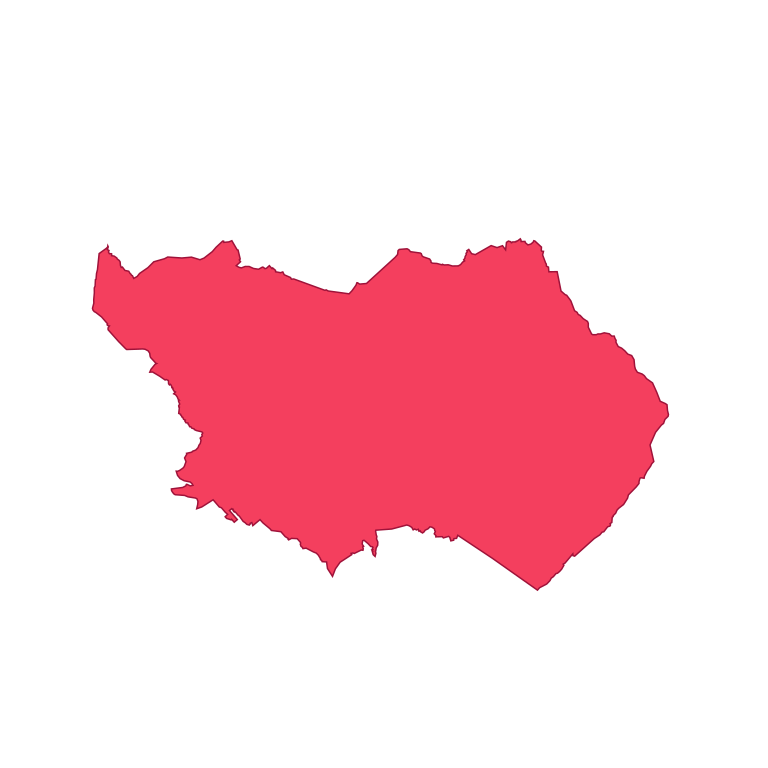 the district of Barsanesti, Bacau, Romania, rotated 151°
{"feature_id": "2599482B96332922665264", "entity_name": "Barsanesti", "entity_type": "district", "adm_level": 2, "iso_a3": "ROU", "parent_name": "Romania", "parent_adm1": "Bacau", "projection": "albers", "projection_center": [26.7, 46.331], "detail": "fine", "context": "isolated", "style": "filled", "palette": "rose", "viewbox_px": 768, "rotation_deg": 151, "n_neighbors": 0, "source": "geoboundaries", "source_scale": "gbopen_adm2", "svg_char_len": 6171}
<svg xmlns="http://www.w3.org/2000/svg" viewBox="0 0 768 768"><g transform="rotate(151 384 384)"><path d="M558.6,638.7L559.4,637.7L561.4,637.2L569.9,636.2L579.2,622.9L581.9,620.0L585.0,615.3L585.8,615.2L589.2,609.7L590.8,608.5L593.2,604.1L597.1,598.3L598.6,595.4L602.3,591.5L602.7,589.7L602.3,587.7L601.4,586.4L598.5,579.6L596.6,570.6L597.5,570.0L597.2,569.0L596.0,567.9L598.2,566.8L599.0,565.2L595.5,549.6L592.8,539.9L592.3,538.9L578.0,531.6L576.1,530.2L574.2,527.3L574.0,524.5L575.1,521.7L575.3,520.3L573.4,512.6L573.0,512.2L574.7,512.2L580.7,509.8L583.1,507.9L580.6,506.7L576.5,499.7L573.5,493.6L572.4,493.6L570.9,491.6L572.3,488.6L572.1,487.2L571.0,487.3L570.8,486.4L570.9,484.3L571.3,483.9L571.2,483.2L570.7,483.1L570.8,482.2L571.2,481.7L571.1,479.5L570.3,478.1L572.7,477.4L571.5,475.7L571.1,473.1L571.4,470.3L571.1,469.5L571.5,469.7L572.1,468.3L572.4,465.5L574.1,464.6L574.6,463.3L574.2,462.9L577.8,457.8L576.6,456.1L576.9,455.5L576.6,454.8L576.7,453.0L576.2,452.5L576.4,450.3L575.3,448.7L576.1,448.2L576.0,446.1L574.4,444.9L574.8,443.6L574.5,442.5L574.7,440.9L573.7,440.3L573.5,438.5L571.9,437.0L572.0,436.1L570.7,434.3L566.5,430.4L566.3,429.0L567.9,428.1L568.1,426.6L571.0,425.8L571.4,423.4L573.5,421.1L575.5,420.2L577.5,418.5L580.7,417.5L584.1,418.0L585.2,417.6L590.3,419.1L590.4,418.3L594.3,416.0L594.8,412.1L598.8,408.6L600.7,407.9L604.7,407.5L606.7,407.7L608.0,408.5L608.9,404.1L608.2,400.1L605.7,396.3L601.0,392.2L600.2,389.9L600.2,388.0L602.8,388.8L605.1,391.9L605.6,392.0L606.6,391.0L610.2,391.1L620.8,395.3L621.5,393.7L621.4,391.6L621.1,389.8L620.3,388.4L612.4,383.2L610.1,380.3L604.1,375.6L603.2,374.1L603.7,371.4L605.4,368.9L608.3,365.7L603.0,364.8L589.6,365.6L587.7,356.3L586.2,354.6L585.0,348.8L583.9,345.8L587.3,344.9L586.8,342.7L583.6,339.3L582.9,339.5L582.0,335.7L578.0,336.5L580.5,348.3L577.6,348.8L577.4,347.7L576.8,347.8L576.8,346.4L577.3,346.2L577.0,344.6L576.4,344.7L576.1,344.1L575.2,339.8L574.6,338.7L573.8,332.1L572.7,330.0L572.0,327.7L570.2,325.9L568.9,326.4L568.7,327.0L566.8,326.9L567.4,323.7L558.2,325.5L557.2,321.2L553.9,312.7L553.5,310.5L545.8,304.8L544.4,298.4L542.7,295.4L543.2,294.8L543.0,293.9L539.7,293.8L534.9,290.8L533.9,286.2L534.0,285.3L534.9,284.4L535.3,282.3L534.6,280.6L534.7,279.3L531.7,278.2L527.2,271.4L525.2,268.9L524.4,266.0L524.3,261.8L524.7,261.2L524.1,259.8L524.2,258.6L520.5,256.2L522.9,250.0L522.3,240.7L516.1,245.9L508.8,249.4L494.9,250.4L494.9,251.8L493.0,251.2L492.2,250.2L484.4,249.8L483.0,248.8L482.0,250.0L481.6,251.9L480.5,251.9L480.7,254.1L480.4,255.0L478.6,257.3L477.2,257.0L475.3,252.0L474.4,248.3L472.9,247.1L472.9,246.4L474.3,245.3L474.1,244.7L475.1,244.8L474.9,243.6L475.3,243.8L476.2,240.0L475.4,237.5L473.2,239.8L472.5,242.0L472.1,242.1L470.3,244.4L467.7,246.0L466.0,248.8L465.7,252.1L464.1,254.2L464.0,255.6L462.7,259.3L462.0,260.1L447.5,253.4L432.4,249.6L430.7,247.8L429.2,245.1L429.2,242.3L427.5,242.3L426.3,240.6L424.4,240.3L424.8,238.3L423.6,238.1L423.7,237.1L422.5,235.0L420.5,235.3L418.9,236.2L415.7,236.0L413.0,236.8L411.5,235.5L410.1,232.9L410.7,231.2L410.6,230.1L412.7,228.6L412.1,226.3L412.8,225.2L407.0,222.2L406.7,220.6L401.3,219.4L400.8,218.0L401.6,214.4L398.8,213.6L397.8,214.9L395.4,213.8L392.8,215.9L373.6,178.8L349.7,129.3L346.7,130.4L338.6,130.2L334.1,131.6L331.9,133.1L329.2,133.4L325.6,134.8L323.9,134.4L321.3,134.9L318.4,135.9L314.6,138.2L314.6,139.6L312.5,139.6L301.2,143.9L301.9,142.2L300.7,141.0L275.0,146.9L268.4,147.4L265.0,148.7L263.4,148.2L257.6,150.7L255.2,150.2L254.2,150.9L254.0,152.3L251.9,152.4L249.0,156.8L247.8,157.0L247.4,157.7L244.0,158.7L241.4,160.7L239.0,161.5L232.8,162.5L226.4,166.0L224.0,168.5L213.3,171.7L209.2,173.4L208.2,175.1L205.8,177.5L204.7,177.4L202.2,175.5L200.9,177.1L196.4,180.2L190.8,182.8L188.4,184.5L185.6,185.4L180.9,201.7L169.9,210.1L161.3,213.6L158.6,214.0L155.5,216.8L151.2,218.0L150.0,219.4L148.9,223.4L146.5,228.7L147.5,230.6L150.8,235.0L149.5,244.3L148.6,254.8L151.8,261.4L152.3,265.1L153.4,267.6L156.7,271.4L156.9,275.2L156.2,277.9L153.5,284.1L153.6,288.8L156.3,292.0L157.3,296.3L158.8,300.2L161.0,303.2L160.9,308.1L159.8,309.7L159.9,311.9L159.4,314.3L161.6,315.5L162.6,318.7L166.6,322.0L170.6,322.9L172.7,324.1L174.4,324.2L177.5,325.9L178.2,327.1L177.8,334.6L175.9,338.0L175.7,340.0L178.1,344.6L179.2,348.9L180.4,350.6L180.4,353.1L181.8,355.7L180.3,365.9L180.4,367.3L181.2,373.1L182.2,374.2L184.1,379.5L178.1,398.3L185.4,402.2L183.5,406.5L184.8,408.3L183.9,410.3L184.0,411.3L182.7,420.0L180.2,422.7L181.7,423.8L181.7,424.5L179.9,427.4L182.7,435.9L183.5,436.7L184.9,435.7L187.8,435.2L190.7,435.9L191.8,438.9L191.6,440.4L195.0,442.1L194.4,443.5L194.4,444.9L197.8,444.4L199.3,444.8L199.8,444.4L202.7,445.9L203.8,445.6L204.2,445.9L204.2,447.0L205.9,448.7L208.2,448.5L212.6,442.4L213.3,447.5L219.0,448.5L223.2,453.1L241.4,452.9L244.2,455.5L244.6,460.6L247.0,460.4L247.0,459.2L248.9,458.5L249.2,457.4L251.2,456.2L252.4,454.7L254.1,454.0L253.8,452.6L256.1,452.5L259.1,451.3L261.8,451.3L266.9,454.0L270.0,457.1L273.6,458.9L274.9,460.4L275.5,460.1L279.3,463.8L283.1,466.2L283.9,467.6L283.3,468.8L283.5,471.2L288.0,476.2L288.6,477.7L288.2,479.9L288.7,480.9L296.7,486.9L297.2,489.5L298.3,491.1L305.4,494.3L307.0,493.9L309.3,490.7L312.8,489.4L350.6,480.4L356.9,483.2L358.0,485.3L358.6,485.7L360.6,484.0L366.7,481.1L370.8,479.8L387.7,492.4L389.0,494.4L390.2,494.5L412.0,519.6L414.2,520.6L414.1,522.4L418.3,527.9L418.2,531.1L420.5,531.5L424.4,534.7L423.8,536.0L425.1,539.5L426.0,539.2L426.9,543.1L430.8,542.2L432.2,542.6L432.9,544.5L433.7,545.2L438.1,545.2L442.1,548.3L445.0,552.2L448.4,554.1L452.5,554.7L454.3,556.4L455.9,559.1L450.2,560.5L450.4,562.7L449.2,563.0L446.7,571.9L447.4,572.7L447.6,583.1L450.8,583.5L455.4,585.5L455.0,586.7L455.8,587.2L464.6,585.0L470.0,583.0L480.3,581.4L484.7,581.9L490.9,588.3L499.7,592.2L511.6,599.9L515.3,600.0L526.1,602.5L534.1,600.2L544.2,599.2L547.7,597.7L551.7,597.7L551.5,600.7L552.1,601.5L552.1,602.8L552.5,603.7L552.6,606.4L555.5,608.9L556.1,613.1L557.3,613.3L557.0,615.6L555.6,618.7L555.7,620.4L556.7,622.7L556.6,623.8L558.0,626.7L560.1,628.3L559.1,629.8L559.3,630.2L561.0,631.1L561.0,633.0L559.8,634.1L560.8,635.7L558.7,637.6L558.6,638.7Z" fill="#f43f5e" stroke="#9f1239" stroke-width="1.5"/></g></svg>